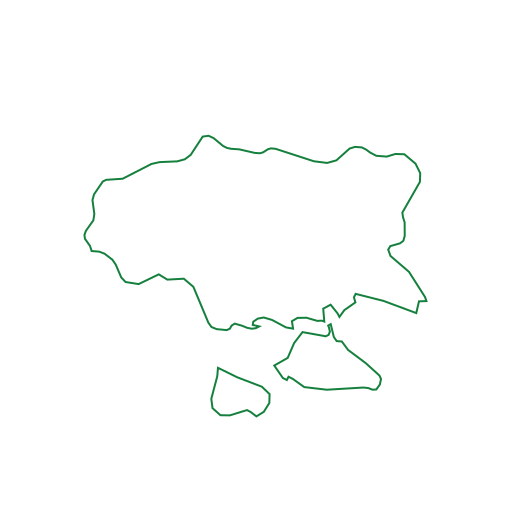 an SVG outline of Carbonia-Iglesias, rotated 297°
{"feature_id": "ITA-5371", "entity_name": "Carbonia-Iglesias", "entity_type": "Province", "adm_level": 1, "iso_a3": "ITA", "parent_name": "Italy", "parent_adm1": "", "projection": "mercator", "projection_center": [8.512, 39.219], "detail": "fine", "context": "isolated", "style": "outline", "palette": "green", "viewbox_px": 512, "rotation_deg": 297, "n_neighbors": 0, "source": "natural_earth", "source_scale": "10m", "svg_char_len": 1970}
<svg xmlns="http://www.w3.org/2000/svg" viewBox="0 0 512 512"><g transform="rotate(297 256 256)"><path d="M293.2,428.3L289.6,421.8L277.9,424.7L273.9,390.1L267.5,362.0L263.7,362.0L259.8,365.6L247.9,359.3L239.6,358.0L241.9,354.7L246.5,344.6L239.6,339.8L228.6,346.6L228.3,344.1L226.0,340.0L223.9,329.0L219.7,321.1L214.2,317.6L208.1,322.0L206.0,315.2L206.3,299.2L204.7,290.8L201.1,286.1L196.3,283.4L193.1,284.4L194.7,290.8L191.6,288.6L189.3,285.3L188.0,280.7L187.5,275.0L186.1,267.8L183.0,265.9L179.4,265.7L176.7,263.6L173.0,254.2L172.5,248.6L175.0,243.8L200.1,214.2L203.0,202.0L194.7,187.7L195.5,177.7L177.7,164.2L173.6,151.6L175.7,145.7L184.6,135.0L187.5,129.7L189.3,120.0L188.7,114.3L185.8,107.3L189.6,103.5L193.7,95.8L196.8,93.6L201.2,93.0L213.9,94.9L220.0,92.9L231.6,84.9L237.4,83.7L252.9,85.7L255.9,88.0L264.3,102.1L290.5,121.0L295.9,127.5L304.6,142.9L309.9,148.7L316.4,151.9L338.2,154.3L341.6,159.2L341.8,164.7L339.1,176.6L339.1,181.1L340.2,185.1L343.4,192.6L347.3,208.1L349.3,212.8L351.5,215.2L356.6,218.2L358.7,220.5L360.4,224.8L366.7,264.6L371.2,277.1L377.7,284.2L394.2,290.6L398.2,294.7L400.8,301.0L400.8,305.8L400.0,310.8L399.9,317.7L403.9,327.3L410.2,333.9L414.0,342.0L410.7,356.2L404.4,364.7L396.4,368.4L361.1,366.7L357.4,369.3L353.4,373.2L341.4,379.4L336.4,380.4L332.6,378.5L325.8,371.2L321.7,370.9L317.1,375.8L311.3,399.6L296.2,425.2L293.2,428.3ZM215.1,351.1L216.1,354.6L218.7,356.5L222.1,356.2L225.4,353.5L225.9,352.9L226.8,351.9L229.2,353.5L219.2,362.1L216.8,366.5L218.8,371.3L214.1,380.7L210.3,402.7L205.5,420.3L203.2,423.2L197.8,424.7L191.7,423.8L189.8,420.5L189.3,415.9L187.5,411.3L169.0,379.8L161.1,358.5L163.2,344.6L163.2,339.8L159.5,339.8L159.5,335.3L166.7,322.0L179.6,330.5L195.7,329.5L209.3,332.0L215.1,351.1ZM139.1,272.9L139.4,294.2L142.2,320.6L139.1,330.8L131.1,334.6L120.7,333.7L113.3,329.2L114.6,322.0L114.6,317.9L102.1,305.0L98.0,296.6L100.7,286.3L108.5,281.0L131.2,276.1L139.1,272.9Z" fill="none" stroke="#15803d" stroke-width="2"/></g></svg>